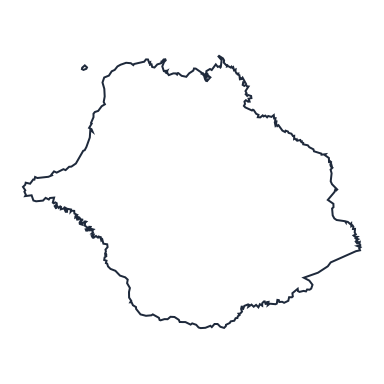 outline of Waropen, Papua, Indonesia
{"feature_id": "22746128B12986554349068", "entity_name": "Waropen", "entity_type": "district", "adm_level": 2, "iso_a3": "IDN", "parent_name": "Indonesia", "parent_adm1": "Papua", "projection": "albers", "projection_center": [136.631, -2.729], "detail": "fine", "context": "isolated", "style": "outline", "palette": "slate", "viewbox_px": 384, "rotation_deg": 0, "n_neighbors": 0, "source": "geoboundaries", "source_scale": "gbopen_adm2", "svg_char_len": 5865}
<svg xmlns="http://www.w3.org/2000/svg" viewBox="0 0 384 384"><path d="M237.4,318.0L237.8,316.3L239.5,315.1L238.6,313.7L240.3,313.5L242.0,311.6L241.1,309.0L241.8,305.9L242.4,308.6L243.2,308.9L244.3,305.9L248.1,304.4L248.8,304.7L248.3,306.8L251.5,304.6L253.7,306.7L256.1,304.9L258.4,307.3L259.9,304.2L262.2,305.7L262.2,303.3L263.8,301.5L264.7,301.4L265.6,303.9L266.4,303.8L267.0,302.1L268.5,301.9L267.8,305.2L269.7,303.7L275.6,304.2L276.8,303.6L277.4,299.9L278.8,300.1L279.3,302.0L282.2,301.8L284.1,302.8L288.3,300.8L289.1,297.2L291.8,297.3L292.8,296.5L292.4,293.2L297.7,288.8L298.0,291.1L299.5,291.9L303.6,290.9L306.0,291.4L307.1,289.5L309.6,289.7L311.2,288.6L312.5,284.8L309.3,280.6L303.8,277.7L318.0,272.7L327.8,266.3L330.7,262.4L355.9,251.2L360.0,250.3L359.2,248.3L360.4,247.3L357.3,246.0L361.0,245.2L359.4,244.8L359.7,242.1L357.2,243.4L356.0,241.9L357.6,241.5L356.4,240.2L358.1,239.2L355.8,238.2L357.3,236.9L355.1,236.8L353.6,235.5L355.8,234.4L354.7,232.5L355.0,228.9L353.0,229.0L353.4,226.7L352.5,225.4L351.3,226.2L351.2,223.4L350.4,224.2L347.8,221.9L346.0,221.5L345.9,222.5L345.0,221.2L336.6,220.0L334.3,218.4L332.7,215.4L332.1,208.5L333.5,207.2L333.4,203.8L327.8,199.9L334.5,192.0L335.2,189.8L336.1,190.5L337.2,189.5L332.0,184.2L330.7,181.3L331.6,173.3L330.6,169.6L332.4,167.8L330.9,166.6L330.7,165.7L331.8,166.2L331.3,164.3L330.6,164.3L331.0,162.9L329.9,162.3L330.7,161.7L329.6,160.8L329.0,161.3L328.9,158.0L324.8,155.1L325.6,154.2L321.5,154.7L321.3,153.6L314.0,151.3L313.4,149.3L309.3,147.2L307.8,145.3L303.2,144.3L303.2,142.9L301.7,142.3L301.8,141.3L300.8,141.3L300.3,140.0L297.3,140.7L296.8,139.4L296.3,139.9L294.8,138.6L294.1,139.0L294.2,135.8L292.9,136.0L291.4,133.7L288.6,132.9L287.9,131.5L285.6,130.7L285.0,132.0L282.4,130.6L278.5,125.2L277.3,126.1L276.6,124.7L275.5,125.8L274.9,122.8L276.2,122.8L276.5,121.3L275.1,120.9L275.5,118.2L274.1,118.4L273.8,115.1L271.5,116.9L268.2,116.0L267.1,117.3L265.3,115.6L263.6,116.4L262.7,115.4L260.3,117.4L257.8,117.2L258.5,114.9L256.2,113.8L253.8,110.2L252.9,109.7L252.0,110.5L245.3,107.4L243.9,105.9L245.0,104.0L244.5,101.5L245.9,100.2L248.1,101.7L249.6,101.6L248.6,98.7L251.4,98.1L251.1,96.0L248.1,95.0L247.2,95.9L245.7,94.2L246.6,93.3L245.5,91.1L248.5,86.5L247.0,86.3L246.0,84.8L244.3,85.9L242.7,84.9L243.2,82.3L245.4,82.8L242.6,77.7L241.9,78.8L240.5,77.8L241.1,79.1L239.9,79.3L239.4,75.2L238.0,74.6L238.3,73.5L236.6,73.6L235.4,71.3L235.6,69.5L234.0,70.3L233.2,67.1L232.3,67.8L231.5,66.6L230.6,67.5L228.2,66.1L226.9,66.5L227.1,65.1L226.0,65.0L223.8,62.6L224.1,60.4L223.0,58.4L219.1,55.9L218.5,56.5L221.6,60.1L220.8,67.0L220.4,67.5L219.3,66.3L217.8,66.9L215.8,64.4L211.7,70.0L210.0,69.0L206.4,71.1L206.2,73.2L207.3,73.6L208.0,75.5L210.3,77.3L209.8,77.7L207.5,75.6L206.5,77.6L204.8,77.6L206.1,80.7L207.2,80.8L207.6,79.5L208.6,79.3L207.0,81.1L206.0,80.8L205.1,79.3L203.9,75.2L203.1,75.9L203.7,74.7L203.0,73.4L202.1,73.9L200.7,73.6L202.4,73.2L195.7,68.6L194.0,68.5L193.3,70.6L189.2,73.3L186.3,76.8L181.6,75.8L178.3,73.1L177.4,73.2L177.0,74.5L175.6,73.4L173.3,73.4L168.8,75.1L167.2,72.9L167.4,71.5L165.8,73.7L167.2,70.8L165.5,71.8L164.6,71.4L165.0,70.9L163.8,71.0L162.3,66.4L164.0,62.1L165.7,60.3L165.3,59.3L163.6,59.5L162.7,60.8L161.9,60.4L162.9,61.5L162.6,62.8L162.4,61.5L161.5,61.5L161.2,63.2L157.3,64.4L154.5,67.5L152.2,67.0L151.5,64.3L150.1,64.7L150.2,62.3L149.2,62.9L148.0,59.5L146.0,59.4L144.2,61.7L134.1,64.0L133.3,65.1L130.8,63.2L126.1,62.8L120.6,64.7L117.5,66.4L114.7,69.9L111.7,71.3L108.9,75.6L104.2,77.5L102.5,82.5L104.3,88.8L104.7,96.5L103.7,102.0L104.9,104.3L101.7,106.2L98.2,110.9L94.9,112.0L93.5,113.7L93.5,117.2L91.0,123.0L91.7,123.6L89.1,127.9L91.5,129.2L92.6,131.8L90.3,130.0L89.8,137.5L86.4,147.0L84.7,150.2L83.2,150.8L75.9,163.5L71.4,166.6L69.1,166.8L65.6,170.1L63.4,169.2L56.7,172.6L54.0,171.4L51.4,174.6L52.0,175.3L48.4,176.8L37.3,178.0L35.1,177.0L34.4,179.6L33.2,179.5L30.1,183.7L25.7,182.7L25.2,184.8L23.0,186.9L25.3,190.3L24.4,191.7L25.9,194.9L25.2,196.1L31.6,195.3L33.4,200.5L36.1,201.3L43.0,200.6L45.6,197.9L48.8,199.5L50.0,198.0L54.1,197.6L52.8,202.6L53.7,203.3L55.3,202.4L56.7,203.2L56.8,204.3L54.7,206.1L56.3,208.8L55.8,205.9L56.7,205.3L58.7,207.9L60.2,206.4L61.0,206.9L60.8,209.3L63.7,208.5L64.5,207.4L65.7,207.9L66.1,208.8L64.8,209.8L65.7,211.8L67.0,211.8L67.3,208.8L71.0,209.5L70.7,211.7L71.6,210.7L74.2,210.9L74.4,213.5L77.1,214.9L75.4,216.3L75.3,217.5L77.0,216.5L78.5,217.2L76.9,218.5L77.2,219.6L78.6,219.4L79.7,218.0L80.7,219.4L83.1,219.7L80.9,220.4L79.6,222.6L79.8,223.9L82.6,224.8L82.5,223.9L80.5,222.7L80.8,221.7L83.0,223.0L85.0,221.4L86.2,221.7L85.0,222.8L84.9,225.7L88.0,228.0L87.7,228.9L85.7,229.3L86.2,230.6L87.7,230.6L89.2,226.8L90.6,226.9L89.3,230.0L89.9,230.4L91.3,228.9L93.5,229.5L92.1,230.7L93.0,232.3L91.5,233.8L93.8,234.4L93.3,235.5L91.8,236.0L92.7,237.6L93.3,237.7L93.2,236.5L94.6,237.0L96.0,236.0L97.7,237.5L98.7,237.5L98.8,236.6L100.8,237.2L100.9,238.6L101.9,238.6L100.9,239.0L101.3,240.5L102.3,239.5L103.4,243.7L107.2,244.3L107.6,247.1L105.5,249.6L105.9,251.5L105.1,253.7L106.0,254.3L104.7,255.8L106.1,254.7L106.3,256.2L104.6,257.4L104.2,260.0L106.5,260.7L105.9,263.1L107.2,263.7L108.0,266.4L110.5,268.9L115.4,270.8L120.0,275.6L125.2,277.3L127.7,279.6L127.1,283.2L129.9,288.0L129.0,292.0L129.1,297.6L131.2,300.8L130.3,302.3L131.6,302.3L132.9,305.2L136.0,307.1L136.1,308.9L140.5,314.4L146.0,315.8L151.4,315.3L152.8,314.4L158.9,317.8L159.6,320.0L160.6,320.3L164.5,319.1L167.6,319.2L170.5,316.8L174.5,317.0L178.8,319.8L179.7,322.0L185.5,322.1L190.6,324.6L192.2,323.4L196.2,324.8L198.6,327.5L200.6,328.1L205.4,327.8L210.4,325.8L211.8,327.1L214.5,324.0L217.6,324.0L220.4,326.8L224.1,327.9L225.8,326.2L226.0,324.8L229.7,323.0L230.7,321.4L234.3,320.7L235.6,318.2L237.4,318.0ZM87.0,67.4L84.8,65.4L82.2,67.7L81.9,69.1L83.5,69.9L86.3,68.8L87.0,67.4ZM207.6,75.3L206.0,73.5L204.3,75.0L204.8,76.6L206.1,75.3L207.6,75.3Z" fill="none" stroke="#1e293b" stroke-width="2"/></svg>